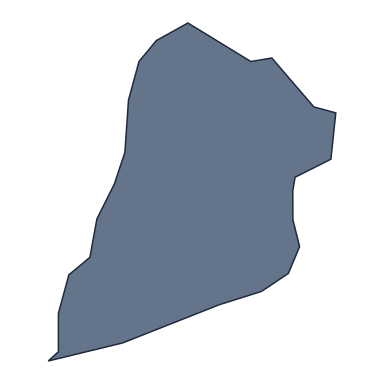 Seo-gu [West District], South Jeolla, South Korea (orthographic projection)
{"feature_id": "91817680B87996420220515", "entity_name": "Seo-gu [West District]", "entity_type": "district", "adm_level": 2, "iso_a3": "KOR", "parent_name": "South Korea", "parent_adm1": "South Jeolla", "projection": "orthographic", "projection_center": [126.854, 35.133], "detail": "fine", "context": "isolated", "style": "filled", "palette": "slate", "viewbox_px": 384, "rotation_deg": 0, "n_neighbors": 0, "source": "geoboundaries", "source_scale": "gbopen_adm2", "svg_char_len": 432}
<svg xmlns="http://www.w3.org/2000/svg" viewBox="0 0 384 384"><path d="M48.2,361.0L122.7,342.9L219.0,304.8L261.5,291.4L288.4,273.4L299.6,246.6L292.9,219.7L292.8,190.6L295.1,177.2L330.9,159.2L335.8,112.9L313.8,106.9L271.8,58.0L250.8,61.5L187.9,23.0L156.4,40.5L139.0,61.5L128.5,100.0L124.9,152.4L114.4,183.9L96.9,218.9L89.9,257.3L68.9,274.8L58.4,313.3L58.4,351.8L48.2,361.0Z" fill="#64748b" stroke="#1e293b" stroke-width="1.5"/></svg>